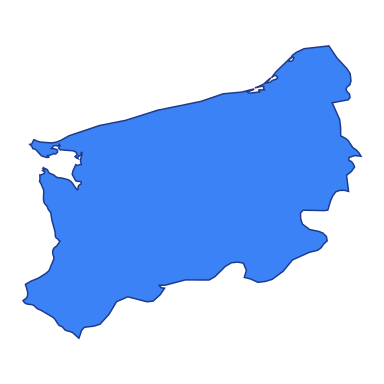 map outline of West Pomeranian (Natural Earth projection)
{"feature_id": "POL-3142", "entity_name": "West Pomeranian", "entity_type": "Voivodeship", "adm_level": 1, "iso_a3": "POL", "parent_name": "Poland", "parent_adm1": "", "projection": "natural_earth1", "projection_center": [15.248, 53.587], "detail": "fine", "context": "isolated", "style": "filled", "palette": "blue", "viewbox_px": 384, "rotation_deg": 0, "n_neighbors": 0, "source": "natural_earth", "source_scale": "10m", "svg_char_len": 3512}
<svg xmlns="http://www.w3.org/2000/svg" viewBox="0 0 384 384"><path d="M78.9,338.2L72.2,332.3L65.3,330.2L62.0,326.6L59.8,325.8L58.6,324.9L54.6,318.8L52.8,317.2L40.6,310.1L37.4,308.8L33.7,305.3L31.3,304.5L28.8,304.4L26.4,303.8L24.4,302.6L23.0,300.5L26.1,298.4L27.3,296.6L27.8,293.8L27.6,292.0L26.2,286.7L25.5,285.2L25.5,284.3L31.1,281.1L38.2,278.2L45.0,274.0L48.5,271.2L50.1,268.5L50.4,267.2L53.9,258.9L53.7,256.7L53.0,254.6L52.6,252.2L52.9,250.2L53.8,248.4L54.9,247.1L56.1,246.6L57.0,245.6L60.0,241.1L58.5,240.0L58.1,239.2L56.3,238.0L55.6,237.1L55.3,235.6L55.2,232.9L55.0,231.7L54.3,228.9L51.9,220.3L50.7,212.6L48.3,209.5L47.1,206.4L44.3,203.1L43.5,200.1L43.5,196.8L43.8,191.4L43.6,189.9L41.2,184.2L39.5,181.3L40.0,179.0L39.8,174.9L41.0,174.8L43.0,174.1L44.6,173.0L44.7,171.8L42.7,170.7L43.8,170.2L44.2,169.7L43.8,169.2L42.7,168.7L43.4,167.6L44.5,168.4L46.1,169.0L47.5,169.8L48.8,172.7L50.5,173.6L53.6,174.8L55.9,176.7L57.2,177.5L62.2,178.1L68.4,179.8L70.5,181.1L72.3,183.0L76.1,188.5L77.4,189.9L78.0,189.4L78.1,187.1L78.6,185.7L79.6,184.8L81.2,183.8L81.1,183.3L81.1,182.7L81.2,181.8L80.0,181.5L77.0,181.3L75.7,180.8L72.2,174.3L72.9,171.0L75.8,164.6L77.1,165.5L78.2,165.2L79.5,164.7L81.3,164.6L80.5,160.9L80.9,157.9L81.7,155.3L82.1,152.5L81.3,152.5L81.0,154.3L80.1,155.4L77.4,157.5L78.1,158.6L77.1,158.2L76.3,157.8L75.6,157.3L75.0,156.5L75.6,156.1L76.6,155.1L77.4,154.5L75.8,152.0L73.1,150.8L60.3,149.8L58.6,148.3L60.0,145.5L59.6,145.2L59.3,144.4L58.2,145.9L57.3,146.1L56.3,145.7L54.9,145.5L53.9,145.8L53.1,146.5L52.4,147.4L51.4,148.4L54.8,148.9L56.7,149.5L57.6,150.5L57.4,152.3L56.2,153.6L54.7,154.1L53.7,153.5L50.6,155.0L49.0,155.4L47.3,155.5L47.3,156.5L48.9,157.0L48.8,157.3L47.3,157.5L46.3,157.4L44.4,156.7L43.1,156.5L41.2,155.6L35.7,149.5L33.0,148.6L32.7,148.6L31.8,146.3L29.8,144.4L30.9,144.2L31.9,143.7L33.8,139.7L35.7,140.3L37.0,141.1L40.5,142.1L51.9,142.9L56.4,142.1L60.9,140.3L69.1,135.7L99.5,125.5L125.7,120.3L157.6,110.2L178.3,106.0L200.9,101.4L223.1,93.8L241.6,92.1L254.2,88.9L252.8,90.0L247.1,91.9L249.6,93.2L259.7,91.9L259.7,91.0L258.9,91.0L258.9,89.9L264.4,89.9L264.3,89.2L264.2,89.1L263.6,88.9L263.8,86.5L261.2,86.4L254.9,87.9L258.9,86.4L263.6,84.1L270.7,77.8L269.2,80.0L266.7,82.0L265.7,83.1L266.7,82.9L268.8,82.5L270.6,82.0L272.2,80.5L276.2,79.1L277.7,77.8L276.3,75.7L274.0,75.7L273.0,76.6L271.4,77.8L276.2,71.6L289.4,58.8L289.4,59.7L288.8,61.1L289.9,61.5L291.8,61.0L293.2,59.7L293.9,57.7L293.3,57.1L291.8,57.6L290.1,58.8L292.4,55.3L296.4,52.3L304.1,48.7L328.0,46.0L328.8,45.8L329.0,46.1L337.1,58.1L346.6,68.3L350.2,73.7L351.0,80.8L349.9,84.7L346.9,87.1L346.0,89.7L347.3,91.8L349.5,94.1L350.0,97.7L348.2,99.8L332.2,102.8L339.7,119.6L340.6,127.7L340.7,135.8L345.6,138.4L348.4,140.9L352.8,147.6L356.1,149.8L358.8,152.7L361.0,156.2L354.6,155.6L348.8,157.6L349.0,160.5L351.3,161.4L353.3,163.9L354.6,167.0L351.3,171.6L346.5,175.3L348.6,191.4L344.3,190.3L339.9,190.4L335.8,191.8L332.8,195.8L330.6,200.7L327.8,210.1L324.3,210.6L303.1,210.2L300.5,213.0L300.7,218.9L302.5,224.2L309.8,229.6L318.5,231.3L322.8,233.0L326.4,236.5L327.2,240.8L323.6,244.2L321.0,247.9L317.6,250.3L309.1,252.4L292.5,259.9L283.2,271.2L272.1,279.4L265.0,281.5L257.8,282.3L250.7,279.0L244.3,277.4L246.4,270.3L243.3,263.1L237.5,262.1L231.3,262.8L225.2,266.5L214.9,276.7L209.1,280.0L185.3,279.9L165.7,285.1L159.1,285.4L161.4,287.8L164.6,288.2L160.2,294.7L153.1,301.1L147.0,301.8L127.8,296.8L116.5,301.7L109.1,314.2L100.0,324.2L94.1,326.1L84.3,327.3L81.7,330.3L78.9,338.2Z" fill="#3b82f6" stroke="#1e3a8a" stroke-width="1.5"/></svg>